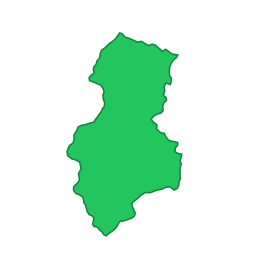 the district of Tocantins, Minas Gerais, Brazil, rotated 247°
{"feature_id": "56859067B54731939628864", "entity_name": "Tocantins", "entity_type": "district", "adm_level": 2, "iso_a3": "BRA", "parent_name": "Brazil", "parent_adm1": "Minas Gerais", "projection": "orthographic", "projection_center": [-43.027, -21.182], "detail": "fine", "context": "isolated", "style": "filled", "palette": "green", "viewbox_px": 256, "rotation_deg": 247, "n_neighbors": 0, "source": "geoboundaries", "source_scale": "gbopen_adm2", "svg_char_len": 2055}
<svg xmlns="http://www.w3.org/2000/svg" viewBox="0 0 256 256"><g transform="rotate(247 128 128)"><path d="M37.2,65.9L38.3,68.7L39.0,72.6L40.6,77.6L43.0,81.0L45.2,83.9L44.1,87.9L43.8,92.5L43.7,95.9L44.3,99.3L46.7,101.4L51.1,101.4L54.9,101.3L57.4,102.5L58.5,105.7L59.7,110.2L61.2,114.0L61.7,118.9L59.7,123.3L59.6,129.3L59.0,132.6L58.4,135.4L58.7,139.0L57.5,143.7L52.8,146.2L53.1,149.8L55.7,152.5L58.8,154.1L60.9,156.6L64.1,157.4L66.9,158.7L69.5,159.7L71.9,161.1L73.9,163.1L77.2,162.8L79.6,165.0L82.8,167.3L85.2,163.9L87.8,161.9L91.1,163.9L92.8,167.0L95.3,168.0L97.4,165.3L99.1,162.6L101.1,160.5L105.0,159.4L109.1,159.3L110.5,156.6L113.0,155.1L116.0,154.0L119.8,155.9L123.7,153.5L127.1,152.7L128.8,156.2L129.4,160.2L128.8,163.9L130.2,167.1L134.1,168.3L137.0,170.6L138.4,174.3L141.2,174.9L144.2,173.3L148.1,176.6L151.8,177.2L154.5,180.5L151.5,183.9L154.0,186.1L156.8,187.4L159.8,186.7L164.1,188.2L168.3,190.5L171.2,193.7L173.1,197.0L173.8,199.9L175.7,202.4L177.4,199.8L179.3,197.1L182.5,195.4L185.8,193.4L185.1,189.2L187.9,188.5L190.7,186.9L193.8,185.4L195.8,183.0L195.8,179.1L199.0,176.7L202.5,174.2L203.4,170.3L206.2,167.7L209.8,164.4L213.2,160.4L216.8,159.7L218.8,157.6L216.9,154.5L214.9,151.2L213.9,147.9L213.0,143.6L211.0,138.8L209.9,134.0L206.5,130.9L203.4,129.1L201.9,125.7L198.9,123.3L197.7,120.5L195.3,118.9L191.8,118.2L191.1,114.6L189.5,111.8L186.6,111.1L184.4,113.4L182.5,115.5L180.2,117.5L178.0,119.7L174.4,120.5L170.5,120.1L168.2,117.7L164.1,116.6L160.1,116.2L157.2,114.6L155.6,112.0L153.3,109.4L151.6,106.4L150.0,104.0L148.6,101.4L146.8,98.9L147.4,94.6L147.8,89.6L148.7,85.8L148.5,82.6L145.5,79.7L142.9,75.6L138.7,74.1L135.7,71.5L134.8,67.4L132.9,65.1L129.9,62.5L126.1,61.7L121.8,64.0L118.6,67.8L115.4,70.1L111.9,69.5L108.5,68.6L105.5,64.6L101.4,63.7L98.6,62.6L97.1,60.0L95.2,55.0L92.1,53.6L88.4,54.3L85.3,57.2L82.6,59.2L79.7,59.1L76.6,58.1L73.3,58.8L70.6,58.3L67.3,57.8L63.6,58.3L61.4,60.3L58.8,61.6L56.0,59.9L53.5,57.9L50.8,58.0L48.7,61.0L45.0,62.1L42.4,63.6L39.3,63.9L37.2,65.9Z" fill="#22c55e" stroke="#15803d" stroke-width="1.5"/></g></svg>